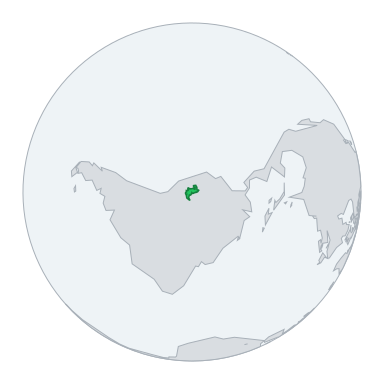 the Earth from above Ucayali, rotated 104°
{"feature_id": "PER-583", "entity_name": "Ucayali", "entity_type": "Department", "adm_level": 1, "iso_a3": "PER", "parent_name": "Peru", "parent_adm1": "", "projection": "orthographic", "projection_center": [-73.422, -9.375], "detail": "fine", "context": "on_globe", "style": "filled", "palette": "green", "viewbox_px": 384, "rotation_deg": 104, "n_neighbors": 0, "source": "natural_earth", "source_scale": "10m", "svg_char_len": 8788}
<svg xmlns="http://www.w3.org/2000/svg" viewBox="0 0 384 384"><g transform="rotate(104 192 192)"><circle cx="192" cy="192" r="169" fill="#eef3f6" stroke="#a8b0b8"/><path d="M137.8,32.0L145.9,29.6L154.3,29.5L156.9,28.5L161.8,28.6L166.7,27.6L166.8,28.4L170.6,27.1L169.5,26.6L170.7,26.0L173.5,25.6L174.2,26.3L172.9,26.6L174.6,26.6L173.7,27.3L175.7,26.7L176.2,28.0L179.8,26.2L183.7,26.8L182.9,27.8L177.6,28.4L162.8,33.8L160.4,36.0L162.3,37.9L177.1,39.7L176.7,42.1L180.0,44.9L182.7,43.0L181.1,40.2L186.9,37.8L184.2,35.2L186.2,34.1L185.6,31.6L191.4,31.5L197.5,32.8L198.3,35.0L201.0,35.9L204.8,33.7L210.9,38.3L222.7,42.7L223.6,44.3L217.0,46.7L205.2,46.4L196.7,51.6L208.1,48.0L210.2,52.8L213.0,53.7L216.3,53.6L217.7,51.8L219.7,53.6L209.2,57.4L207.2,55.7L210.6,54.4L205.0,54.5L198.0,58.0L199.6,60.7L187.2,64.7L188.2,66.9L186.1,69.3L185.3,65.4L186.5,72.7L172.2,81.8L173.5,96.3L165.9,85.3L159.3,84.5L151.3,85.4L151.4,87.7L140.8,87.0L131.1,93.0L127.4,105.2L130.9,114.1L142.6,113.3L146.3,107.7L155.0,105.9L148.5,120.9L163.7,121.9L162.1,133.3L166.5,139.1L174.1,137.2L182.0,139.8L187.7,133.0L196.8,129.2L197.0,138.5L202.0,130.0L207.1,134.5L225.2,134.5L223.8,136.6L239.1,148.4L255.4,154.4L259.2,161.7L257.3,166.0L262.9,167.7L263.0,170.6L285.0,177.4L296.0,186.3L295.4,196.7L285.8,207.6L276.2,232.7L258.6,239.7L253.6,250.0L238.8,264.8L228.3,262.9L230.7,271.0L224.3,275.5L217.3,275.5L215.6,281.0L210.4,281.0L213.5,284.8L204.6,291.8L206.6,297.9L200.0,303.7L201.5,307.2L199.1,307.1L196.6,308.4L196.2,310.4L189.2,307.0L187.7,299.0L190.6,295.0L187.5,294.3L193.5,284.0L190.0,286.1L191.6,270.8L196.9,258.2L201.0,222.5L197.5,215.5L184.6,207.6L169.1,182.7L173.3,172.4L169.9,167.8L181.1,153.4L178.1,140.7L174.2,139.1L170.2,144.0L156.7,136.7L152.0,127.7L111.6,117.1L107.7,113.2L108.0,106.1L97.1,86.6L100.7,105.9L95.9,102.7L92.6,96.2L95.2,94.0L93.8,84.5L90.0,81.9L91.9,70.9L104.1,56.3L105.0,57.6L107.8,54.4L106.9,52.8L105.6,52.5L114.2,43.3L113.1,42.6L125.2,36.8L137.8,32.0ZM33.6,134.5L34.9,130.9L34.5,132.4L33.6,134.5ZM35.4,129.2L35.0,130.3L35.3,129.5L35.4,129.2ZM35.4,128.9L35.4,129.1L35.3,129.3L35.4,128.9ZM35.3,129.0L35.4,128.8L35.3,129.0L35.3,129.0ZM172.5,101.5L189.9,108.4L180.0,109.6L181.9,108.1L177.5,105.2L169.3,102.7L160.6,104.8L172.5,101.5ZM35.9,127.4L36.0,127.2L35.6,128.1L35.9,127.4ZM180.4,92.9L177.4,92.4L180.4,92.2L180.4,92.9ZM104.5,52.9L106.6,53.0L106.1,55.4L104.1,55.4L104.5,52.9ZM105.8,49.2L107.7,48.5L104.4,51.3L104.3,50.8L105.8,49.2ZM182.4,32.0L184.0,31.8L183.3,32.3L182.4,32.0ZM180.7,31.2L178.8,31.9L177.7,31.7L178.9,31.2L180.7,31.2ZM183.3,30.4L175.9,31.2L174.0,30.8L177.0,29.0L183.3,30.4ZM167.9,26.7L169.2,27.2L165.6,27.3L167.9,26.7ZM165.3,27.0L152.3,29.1L151.8,28.6L156.3,27.8L153.6,27.8L159.7,26.4L162.6,26.1L161.7,26.7L164.7,25.8L165.3,27.0ZM171.0,25.8L168.4,26.1L167.8,25.6L172.8,24.9L171.4,25.3L171.0,25.8ZM149.9,28.6L150.3,28.4L155.4,27.1L156.2,26.9L159.8,26.4L149.9,28.6ZM172.9,25.2L175.4,24.6L178.2,24.6L173.4,25.5L172.9,25.2ZM165.5,25.9L165.4,25.7L167.1,25.5L165.5,25.9ZM189.5,24.6L186.5,24.7L185.9,24.3L189.5,24.6ZM176.1,24.4L175.1,24.5L174.6,24.5L176.7,24.1L176.1,24.4ZM163.1,25.7L165.1,25.3L161.9,25.8L165.6,25.1L167.3,25.0L168.1,24.8L169.2,24.6L169.4,24.8L163.1,25.7ZM177.1,23.8L180.6,23.9L186.4,23.7L187.1,23.9L177.6,24.3L177.1,23.8ZM172.6,24.3L175.5,24.0L174.9,24.3L172.4,24.6L172.6,24.3ZM163.7,25.4L161.4,25.8L163.7,25.4ZM179.0,23.7L178.1,23.7L179.4,23.6L179.0,23.7ZM171.1,24.3L169.0,24.6L168.9,24.6L171.1,24.3ZM178.1,23.6L179.2,23.6L177.6,23.7L178.1,23.6ZM175.5,23.8L176.3,23.8L174.1,24.0L175.0,23.9L175.5,23.8ZM184.5,23.2L185.3,23.2L181.7,23.4L180.7,23.4L184.5,23.2ZM200.8,314.1L189.8,308.2L196.0,310.9L200.6,307.9L206.2,312.3L200.8,314.1ZM214.1,306.5L219.2,305.0L220.4,306.1L217.1,307.4L214.1,306.5ZM311.8,72.9L312.0,73.5L320.3,85.3L318.9,85.8L314.0,82.5L303.0,69.4L307.6,70.0L303.7,66.2L296.0,60.2L298.1,61.2L295.5,59.1L296.5,59.4L292.2,56.0L302.4,64.1L311.8,72.9ZM331.1,287.9L331.8,286.3L335.8,280.2L342.4,267.3L353.3,237.6L357.0,225.4L358.8,215.2L359.4,191.5L359.5,179.8L358.7,174.3L357.6,174.5L356.1,168.0L355.0,167.3L345.2,167.9L339.7,159.1L327.1,134.7L327.1,126.0L322.7,115.7L318.7,86.0L322.8,88.8L325.3,88.2L332.3,97.8L338.5,107.9L344.1,118.4L348.9,129.2L352.9,140.4L356.1,151.8L358.5,163.5L360.1,175.2L360.9,187.1L360.8,199.0L359.9,210.8L358.2,222.6L355.6,234.2L352.2,245.6L348.1,256.7L343.2,267.5L337.5,277.9L331.1,287.9ZM325.9,101.3L327.4,104.2L325.9,101.3ZM225.8,134.4L228.0,136.3L225.1,136.2L225.8,134.4ZM178.6,113.2L182.3,113.3L184.2,114.6L181.4,115.2L178.6,113.2ZM209.6,113.1L213.9,114.0L209.5,114.6L209.6,113.1ZM192.6,109.3L206.2,112.8L197.7,115.4L189.1,113.4L195.0,112.6L192.6,109.3ZM178.6,97.7L180.9,98.3L180.2,99.8L178.6,97.7ZM182.6,92.8L181.7,93.0L180.5,91.8L182.6,92.8ZM210.8,52.6L211.7,52.3L215.0,52.6L213.5,53.3L210.8,52.6ZM229.6,49.9L232.3,53.1L229.3,51.1L227.7,52.4L219.4,50.4L223.6,45.0L223.2,47.6L229.6,49.9ZM209.5,46.9L214.3,48.3L208.9,47.0L209.5,46.9ZM280.1,48.8L282.7,50.2L285.5,52.3L285.4,53.4L281.3,50.2L280.1,48.8ZM285.6,51.8L275.2,45.3L274.9,44.9L276.8,46.1L277.6,46.4L281.0,48.6L290.9,55.0L294.0,57.4L292.1,57.3L291.0,55.8L288.6,54.3L285.6,51.8ZM249.2,34.3L244.7,32.7L249.8,33.5L253.4,34.9L253.6,35.7L249.4,34.6L249.2,34.3ZM190.0,27.5L187.9,27.7L187.7,27.4L189.3,27.0L190.0,27.5ZM188.2,24.7L198.7,26.5L196.9,26.7L205.3,28.1L203.8,29.4L198.4,28.4L203.5,30.8L198.0,30.4L202.0,32.1L190.2,29.5L185.5,29.7L191.3,28.9L192.9,27.6L192.1,27.1L186.5,25.9L177.1,26.0L177.1,25.2L179.6,24.6L181.9,24.4L181.2,24.9L184.7,24.3L185.4,25.0L188.2,24.7ZM229.0,27.1L232.2,28.0L230.5,27.6L235.9,29.0L231.9,28.1L233.8,28.8L236.7,29.3L230.8,30.8L231.5,33.0L234.2,35.6L227.0,34.3L219.9,31.3L213.8,28.3L214.2,26.7L210.9,26.7L210.1,26.0L213.1,26.3L208.1,25.5L208.2,25.1L202.8,23.9L195.5,23.6L193.3,23.4L196.3,23.4L192.1,23.2L196.2,23.1L194.7,23.1L195.3,23.1L212.3,24.3L229.0,27.1ZM192.4,23.0L190.1,23.1L190.8,23.2L187.0,23.6L181.1,23.7L182.7,23.5L182.9,23.4L184.7,23.4L183.4,23.3L185.7,23.2L185.3,23.2L187.9,23.1L192.4,23.0ZM321.8,83.8L321.7,83.7L318.2,79.7L321.8,83.8Z" fill="#d9dde1" stroke="#a8b0b8" stroke-width="1"/><path d="M190.4,186.6L190.8,187.1L191.0,187.2L191.1,187.3L191.1,187.6L190.9,187.6L190.9,187.8L191.0,187.8L191.3,188.0L191.4,188.3L191.5,188.3L191.5,188.5L191.6,188.8L191.7,189.0L191.9,189.2L192.0,189.2L192.0,189.3L192.2,189.5L192.3,189.9L192.4,190.0L192.6,190.0L192.8,190.1L192.8,190.3L193.0,190.6L193.3,190.9L193.3,191.1L193.3,191.3L193.1,191.4L193.1,191.5L192.9,191.7L192.9,191.8L192.7,192.0L193.8,192.1L194.1,192.2L194.3,192.2L194.5,192.3L194.9,192.3L195.0,192.4L195.1,192.5L195.3,192.7L195.4,192.8L195.3,193.0L195.6,193.3L195.7,193.5L195.6,193.8L197.9,193.9L198.0,193.8L198.3,193.7L198.5,193.7L198.8,193.4L199.0,193.3L199.1,193.2L199.3,193.0L199.4,192.9L199.5,192.8L199.6,192.7L199.8,192.6L200.0,192.5L200.0,192.4L200.2,192.2L200.3,192.2L200.4,192.3L200.3,192.5L200.2,192.6L200.2,192.8L200.3,192.9L200.3,193.0L200.2,193.2L200.2,193.3L200.1,193.7L199.7,194.0L199.5,194.4L199.5,194.8L199.4,194.9L199.4,195.0L199.0,195.4L199.0,195.5L198.9,195.5L198.7,195.7L198.6,195.8L198.4,195.9L198.3,196.0L198.2,196.0L196.7,196.7L196.6,196.8L196.2,196.8L196.1,196.7L195.9,196.6L195.7,196.6L195.9,196.9L195.9,197.0L195.6,197.4L195.6,197.5L195.4,197.7L195.2,197.7L194.9,197.8L194.7,197.9L194.7,198.0L194.4,198.1L194.2,198.0L194.2,197.9L193.9,197.9L193.7,197.9L193.4,197.7L193.3,197.4L193.2,197.4L193.1,197.6L192.9,197.6L192.5,197.7L192.2,197.7L192.0,197.8L192.0,197.7L191.9,197.7L191.7,197.4L191.8,196.9L191.7,196.6L191.6,196.4L191.4,196.2L191.2,196.1L190.9,196.3L190.7,196.6L190.4,196.7L190.2,196.7L189.9,196.8L189.7,196.8L189.3,196.9L189.2,196.9L188.9,196.7L188.9,196.3L189.0,196.3L189.1,196.1L189.3,196.0L189.4,195.9L189.5,195.8L189.7,195.7L189.8,195.6L189.7,195.4L189.4,195.2L189.3,194.8L189.2,194.7L189.3,194.3L189.3,194.2L189.2,194.1L189.1,193.8L189.0,193.7L189.0,193.4L188.9,193.1L188.8,192.9L188.4,192.3L188.3,192.2L188.2,192.0L188.2,191.9L188.3,191.8L188.3,191.5L188.4,191.4L188.3,191.2L188.5,190.8L188.5,190.7L188.5,190.4L188.8,190.2L188.8,189.9L188.7,189.8L188.3,189.8L188.2,189.8L187.9,189.9L187.7,190.1L187.4,190.3L187.2,190.6L187.0,190.8L186.9,190.9L186.9,191.0L186.8,191.3L186.7,191.4L186.6,191.5L186.4,191.7L186.2,191.7L186.1,191.8L185.8,192.0L185.7,192.1L185.4,192.0L185.3,191.8L185.2,191.7L185.1,191.4L185.1,191.2L184.9,190.9L184.8,190.4L184.7,190.3L184.6,190.1L184.6,189.9L184.9,189.7L185.0,189.6L185.4,189.3L185.5,189.2L186.0,189.3L186.2,189.2L185.9,188.9L185.9,188.7L186.0,188.6L186.3,188.5L186.3,188.4L186.5,188.3L186.9,188.3L187.0,188.3L187.1,188.2L187.3,188.1L187.6,188.0L188.3,187.8L188.6,187.7L188.7,187.3L188.7,187.0L188.7,186.8L188.7,186.7L188.6,186.3L188.5,186.1L188.7,185.9L188.8,186.0L189.1,186.1L189.4,186.2L189.5,186.2L190.1,186.4L190.2,186.5L190.3,186.5L190.4,186.6Z" fill="#22c55e" stroke="#15803d" stroke-width="1.5"/></g></svg>